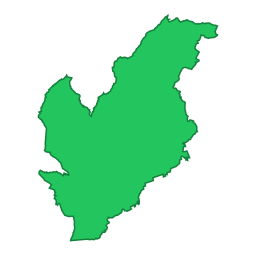 Teuchitlán, Jalisco, Mexico
{"feature_id": "50627088B99010084174784", "entity_name": "Teuchitlán", "entity_type": "district", "adm_level": 2, "iso_a3": "MEX", "parent_name": "Mexico", "parent_adm1": "Jalisco", "projection": "albers", "projection_center": [-103.827, 20.68], "detail": "fine", "context": "isolated", "style": "filled", "palette": "green", "viewbox_px": 256, "rotation_deg": 0, "n_neighbors": 0, "source": "geoboundaries", "source_scale": "gbopen_adm2", "svg_char_len": 5715}
<svg xmlns="http://www.w3.org/2000/svg" viewBox="0 0 256 256"><path d="M44.3,172.5L40.3,170.3L39.1,172.0L39.1,174.0L43.8,178.7L44.4,180.2L49.2,182.9L51.5,184.9L49.3,188.1L54.5,190.0L54.7,191.9L55.6,192.2L54.3,195.3L55.7,195.8L55.2,196.0L54.3,198.7L55.7,199.3L56.4,201.6L55.9,204.4L56.8,204.5L57.6,205.2L58.1,203.4L59.7,203.9L61.8,210.2L64.7,215.2L68.6,216.5L73.4,216.2L74.5,221.8L74.3,224.7L74.8,228.1L73.5,232.6L73.2,232.7L72.9,235.2L71.0,239.0L70.6,240.6L88.2,239.1L88.4,239.5L90.9,239.6L91.7,239.2L93.6,239.7L94.8,239.3L96.0,238.2L96.5,238.9L97.5,238.8L99.5,237.9L99.9,237.6L100.1,235.8L101.9,233.7L102.2,232.4L102.5,232.1L104.5,232.3L105.5,231.6L104.5,230.3L106.6,229.8L107.3,227.3L106.1,225.6L107.0,224.1L109.2,222.8L109.1,222.1L107.6,221.0L107.1,219.5L108.2,218.1L108.3,217.3L109.6,218.0L109.9,217.6L112.2,217.9L115.4,215.6L117.6,215.2L121.4,212.6L122.1,211.1L121.9,210.4L122.4,209.3L123.7,209.2L124.6,210.8L125.5,210.7L127.1,211.2L130.7,209.5L131.4,209.0L130.8,208.5L130.5,206.8L134.0,205.2L134.5,206.8L135.4,206.3L135.0,204.7L137.3,203.6L137.2,201.9L138.1,201.4L138.5,204.3L139.2,203.8L139.2,200.5L138.9,200.1L139.0,199.0L138.4,197.8L138.9,195.3L139.4,194.9L139.2,194.4L139.7,193.3L140.4,193.1L141.1,190.7L141.9,190.2L141.9,189.8L143.7,189.2L143.4,186.7L145.4,186.0L145.1,183.3L153.3,180.5L152.9,177.8L163.0,174.2L163.4,176.9L165.4,176.2L165.2,174.8L167.2,174.6L166.9,172.8L170.3,171.8L170.6,169.0L170.9,168.5L176.2,166.4L178.6,164.1L179.2,163.9L179.5,163.4L179.9,159.8L181.5,159.2L181.5,158.7L180.9,158.2L181.2,156.4L182.2,156.4L183.9,157.2L184.4,158.0L184.8,157.5L185.2,157.7L186.4,157.4L185.8,159.6L185.9,160.0L187.0,160.0L187.6,160.4L187.5,157.7L189.6,157.7L186.9,151.0L184.7,151.6L182.9,151.6L183.5,146.6L185.5,146.5L184.7,143.9L183.2,144.0L182.7,143.4L183.4,142.9L184.9,142.7L186.5,142.0L188.0,140.9L188.6,139.6L189.7,139.7L190.5,139.3L191.2,137.7L192.2,136.7L193.1,134.9L194.9,134.0L196.4,131.7L197.3,131.6L197.1,130.9L196.7,130.8L196.8,126.8L195.4,124.1L193.5,122.3L193.7,121.2L193.0,120.8L192.6,121.1L192.0,120.4L189.8,120.0L189.0,121.1L188.2,121.4L187.8,121.2L187.4,120.4L187.3,118.6L187.6,117.1L188.0,116.4L186.1,114.5L184.9,108.5L185.1,102.4L184.4,101.7L182.3,101.0L182.1,100.1L180.9,98.9L181.1,97.5L180.8,96.3L180.2,98.6L179.9,95.6L180.1,94.8L179.0,93.6L180.1,92.4L180.1,91.4L177.5,90.8L176.2,88.6L175.4,88.2L173.8,88.2L173.1,86.6L174.3,85.4L174.8,82.7L176.6,81.7L178.9,79.9L179.1,79.0L178.6,75.9L179.6,74.5L179.9,73.0L182.1,68.9L184.0,67.4L185.4,67.4L187.9,68.1L188.7,68.7L189.3,68.5L191.7,69.4L192.4,68.0L195.2,64.9L195.9,63.7L195.6,62.5L196.1,62.8L197.5,61.7L198.8,61.2L199.0,60.2L196.1,58.8L196.2,57.5L199.2,52.0L196.1,49.9L194.8,47.9L196.3,43.7L198.1,43.2L197.3,40.9L199.3,40.3L200.4,37.9L201.1,35.0L202.4,35.5L203.8,35.4L205.1,37.4L208.9,38.3L209.5,37.9L214.3,37.4L217.3,35.5L217.5,34.9L216.0,34.3L215.4,32.1L215.0,31.8L217.4,26.0L215.9,25.4L212.9,25.0L209.2,23.0L205.6,23.2L205.3,23.7L204.3,23.6L202.6,22.7L202.2,23.1L200.6,23.8L195.2,23.9L192.3,21.7L188.9,21.1L187.3,19.9L186.2,19.9L186.0,20.3L185.0,20.9L183.5,20.7L183.1,21.2L180.4,22.0L179.5,21.3L179.3,20.6L178.8,20.4L177.7,18.3L176.8,17.9L175.8,18.3L175.5,18.9L173.8,20.0L169.7,21.8L169.2,21.7L168.4,20.8L168.5,19.7L169.1,19.3L167.6,19.2L167.1,18.5L167.9,15.4L167.6,15.5L166.7,16.6L165.4,17.0L163.5,19.6L161.5,21.1L160.8,23.0L160.3,23.3L160.2,24.1L159.3,24.8L158.8,24.6L158.3,25.0L156.9,26.9L154.6,28.7L154.3,29.9L151.4,30.6L148.8,31.7L146.7,33.1L145.9,34.4L145.7,36.4L143.8,37.9L142.8,39.2L141.1,42.0L141.4,42.9L140.9,43.3L140.7,44.2L139.8,45.5L138.9,46.1L138.5,47.2L136.4,48.9L135.7,51.1L133.2,53.4L132.7,54.8L132.7,55.8L127.5,58.6L127.2,58.0L124.8,57.2L124.0,57.7L123.3,57.4L121.5,58.0L120.5,56.9L119.0,57.7L118.6,58.3L118.1,58.3L116.8,60.8L115.0,61.3L114.2,62.8L114.2,65.2L113.7,67.2L112.4,67.3L112.3,67.9L112.9,71.4L114.1,72.1L114.7,76.4L116.4,78.0L115.7,82.9L114.6,83.6L113.7,83.6L113.7,84.5L112.6,86.2L112.3,87.8L111.2,89.2L110.2,91.5L108.7,92.4L108.2,93.1L107.8,93.0L106.7,93.9L104.2,94.2L104.3,93.8L103.6,93.0L103.5,94.1L102.7,94.2L102.0,95.2L98.6,97.2L98.8,97.6L98.2,98.1L98.6,98.3L98.6,99.7L97.8,100.5L97.4,102.7L96.7,103.5L96.8,104.4L95.6,106.5L95.1,106.7L94.5,107.8L93.9,107.9L93.6,108.5L94.1,108.7L93.5,110.1L93.7,110.5L93.4,111.6L92.7,111.7L92.2,112.7L91.2,116.3L89.5,114.5L89.7,113.6L89.4,113.1L90.1,112.5L90.0,111.6L89.1,110.6L89.6,109.9L88.3,109.3L87.4,107.7L85.1,106.9L84.0,107.0L83.2,106.7L82.8,105.9L83.5,105.7L83.0,105.3L82.5,105.6L81.6,104.8L81.4,104.1L80.1,102.6L80.2,100.6L79.1,100.2L78.9,99.4L79.4,99.1L79.5,97.4L79.9,96.6L80.0,95.8L79.6,95.0L77.5,94.0L75.5,93.5L75.2,92.6L71.7,89.2L71.6,88.5L70.9,88.4L70.7,86.4L70.0,86.0L70.1,85.3L69.7,84.2L69.7,81.0L70.7,80.1L71.8,77.9L66.8,76.8L66.9,75.6L66.6,75.2L66.4,75.9L63.4,79.2L62.3,79.4L61.6,79.0L60.1,80.3L59.5,80.2L56.0,83.6L55.2,83.7L54.8,84.6L53.5,85.1L53.4,85.8L52.8,85.7L52.5,86.3L50.2,88.4L49.8,89.4L48.9,89.6L49.4,90.2L48.1,92.2L47.2,92.3L47.0,93.0L45.9,94.0L46.0,94.4L45.2,94.8L45.9,96.9L45.4,96.7L44.5,101.7L43.0,103.7L42.1,106.4L42.1,107.1L41.4,107.1L40.9,108.2L41.4,109.3L41.0,110.5L41.3,111.3L39.0,112.1L40.4,113.3L38.5,115.3L38.5,117.4L40.5,119.2L41.8,119.9L41.7,120.5L42.5,120.8L42.5,122.0L44.1,123.5L44.4,124.3L44.2,124.9L46.5,128.1L45.2,144.4L45.5,144.9L45.2,149.1L44.5,150.3L45.6,151.7L47.3,151.9L47.8,152.3L49.5,152.1L50.2,152.7L49.9,152.8L50.6,154.6L52.9,156.6L54.3,157.1L56.0,158.3L58.1,160.1L58.8,161.2L60.6,162.5L62.7,168.6L63.0,168.6L67.8,172.1L68.8,174.8L68.7,175.3L65.9,173.7L65.4,174.8L64.1,173.1L63.1,175.7L60.6,173.6L59.7,173.1L58.1,172.9L57.5,172.0L56.6,171.5L55.4,172.1L53.7,171.8L51.1,172.5L49.8,172.3L48.8,172.9L47.9,172.9L46.7,172.0L46.1,172.7L44.7,172.1L44.3,172.5Z" fill="#22c55e" stroke="#15803d" stroke-width="1.5"/></svg>